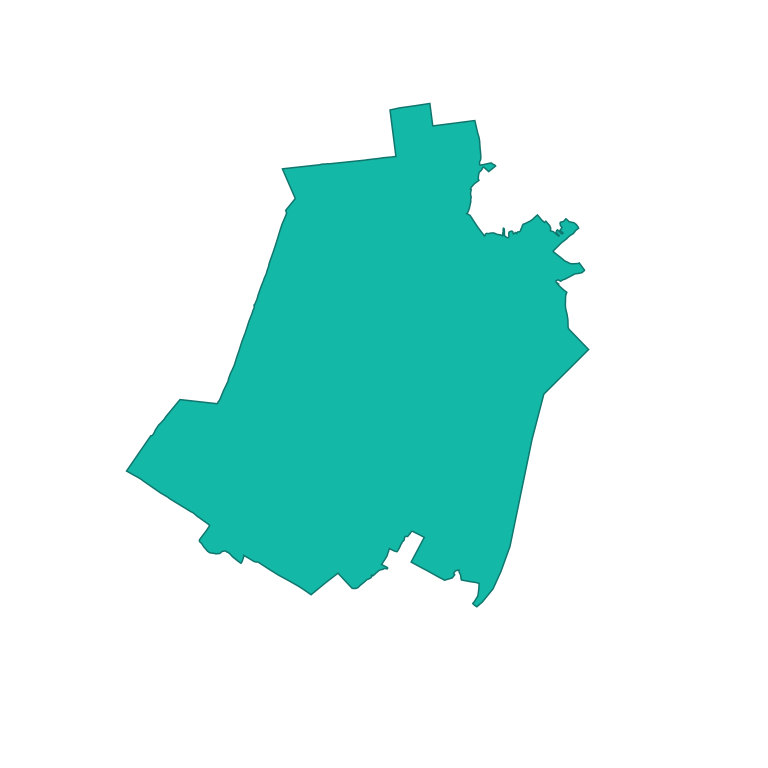 Slatina, Olt, Romania, rotated 228°
{"feature_id": "2599482B52224640698115", "entity_name": "Slatina", "entity_type": "district", "adm_level": 2, "iso_a3": "ROU", "parent_name": "Romania", "parent_adm1": "Olt", "projection": "orthographic", "projection_center": [24.391, 44.434], "detail": "fine", "context": "isolated", "style": "filled", "palette": "teal", "viewbox_px": 768, "rotation_deg": 228, "n_neighbors": 0, "source": "geoboundaries", "source_scale": "gbopen_adm2", "svg_char_len": 6159}
<svg xmlns="http://www.w3.org/2000/svg" viewBox="0 0 768 768"><g transform="rotate(228 384 384)"><path d="M519.0,627.8L543.1,593.0L544.7,594.0L561.8,605.8L570.4,592.7L578.8,580.3L583.6,571.8L545.1,545.1L545.9,544.1L547.4,541.8L550.6,537.6L552.7,534.7L554.6,531.8L561.5,522.1L563.2,519.5L584.2,490.7L585.5,489.3L586.8,487.5L588.1,486.0L589.0,484.8L589.4,484.1L589.9,482.9L591.2,481.2L611.5,453.0L611.8,452.4L581.2,442.2L578.8,427.1L576.5,426.2L575.3,424.5L570.9,415.0L567.9,409.8L564.6,404.3L563.6,402.7L558.9,394.7L555.7,389.0L551.0,380.3L549.8,378.4L548.5,376.7L546.5,373.0L544.7,370.3L542.4,365.1L541.7,364.1L539.1,358.7L534.4,350.0L532.6,347.3L532.0,346.2L529.3,340.5L529.6,340.2L527.6,338.7L526.2,335.6L524.5,332.7L521.1,325.8L514.9,315.1L510.7,306.9L505.5,298.1L503.0,293.5L498.1,285.2L496.3,281.2L494.5,276.8L491.8,271.7L490.5,270.2L489.6,267.8L488.9,266.3L486.5,260.3L483.1,253.3L481.9,250.5L481.7,249.0L481.0,246.8L508.9,222.0L508.9,221.8L505.9,201.4L505.5,199.2L504.9,197.1L504.4,192.2L504.3,189.0L502.7,182.9L502.0,181.7L501.0,178.6L500.8,177.9L500.9,177.2L501.0,176.7L501.6,176.1L491.6,134.4L486.6,136.1L483.9,137.0L479.5,138.6L476.2,139.6L474.5,140.0L473.5,140.1L452.7,145.0L444.6,147.6L443.4,147.7L439.6,148.7L418.8,154.9L416.2,155.9L414.7,156.2L410.3,156.7L409.4,157.0L403.5,158.3L397.0,159.7L395.5,159.7L395.3,159.2L393.7,153.0L392.3,145.5L391.7,142.7L391.5,142.4L391.2,142.0L390.5,141.6L389.4,141.5L388.2,141.7L387.4,141.7L383.4,141.1L382.4,141.1L377.8,141.0L375.4,141.5L374.7,141.9L372.7,143.7L371.2,144.8L370.2,145.5L369.6,146.4L368.9,147.2L368.0,148.5L367.9,149.2L367.9,150.4L367.9,151.1L367.7,151.9L366.7,153.6L366.0,154.4L365.3,154.7L364.5,154.7L364.0,154.9L363.5,155.3L362.7,155.6L362.1,155.6L360.5,155.9L358.0,155.8L355.3,156.0L354.6,156.3L352.5,156.5L346.8,157.6L346.5,157.9L346.5,158.3L347.1,159.9L349.7,164.6L350.0,164.9L350.4,165.1L349.4,165.5L338.9,168.7L337.2,169.9L336.1,171.2L321.9,175.0L312.2,177.8L302.5,181.3L290.4,185.3L284.7,186.8L276.2,188.8L275.4,207.3L274.2,223.2L253.4,223.6L251.6,225.4L251.0,226.1L250.8,226.5L250.1,228.5L250.3,231.4L250.0,236.8L250.0,239.4L250.1,240.0L249.7,241.4L249.1,242.9L248.9,244.4L248.7,244.8L248.8,245.1L249.1,245.6L249.4,246.0L249.9,246.3L250.4,246.8L250.3,247.0L250.1,247.1L249.5,247.1L248.9,247.3L248.8,247.6L248.8,249.0L248.8,250.3L249.0,250.6L248.8,251.8L248.8,255.3L248.2,257.1L247.4,258.5L246.8,259.9L246.8,260.6L245.9,261.7L244.8,262.3L244.5,262.5L244.5,262.8L244.6,263.3L244.8,263.5L245.3,263.7L246.8,263.2L249.1,262.3L251.5,261.4L251.9,263.3L252.3,264.3L252.7,266.1L254.1,271.0L255.6,273.5L256.6,275.4L258.1,277.9L253.2,279.8L252.5,280.2L250.7,281.4L250.7,281.9L251.5,284.7L252.6,287.5L253.2,288.5L253.7,290.4L254.4,292.1L254.4,293.6L254.5,294.4L254.9,295.0L255.5,295.7L255.9,296.2L256.2,296.8L256.5,297.5L256.4,297.9L254.9,299.5L255.0,300.3L255.1,301.3L255.5,302.4L255.3,303.3L255.7,304.0L255.9,304.7L255.9,306.0L255.6,306.5L248.4,309.4L243.1,311.3L233.5,285.0L218.3,290.4L217.8,290.7L203.7,295.5L198.4,297.5L197.8,297.5L194.2,304.9L194.9,308.9L196.5,309.0L197.2,311.0L197.3,312.0L196.4,314.0L195.4,315.3L194.8,314.5L193.8,313.9L192.5,313.6L190.9,313.1L189.2,312.1L188.1,311.1L186.5,310.4L181.3,314.4L180.3,315.1L174.7,319.7L172.2,321.2L169.2,318.3L166.4,315.2L164.5,312.9L163.6,311.6L161.9,305.8L161.5,303.1L160.5,303.1L159.2,303.2L156.3,303.9L156.2,311.4L158.8,328.0L166.5,345.6L178.9,368.8L243.8,457.0L269.5,496.0L272.7,559.1L301.0,558.1L302.9,558.7L308.6,563.6L313.7,566.9L317.5,568.9L319.4,570.1L321.9,572.1L324.0,574.2L326.1,576.1L328.0,578.1L329.2,580.0L329.8,581.2L334.1,580.4L338.2,580.0L342.2,579.8L341.8,580.6L344.7,580.0L345.7,581.2L344.8,583.2L342.2,584.0L341.7,586.8L340.8,588.6L338.0,599.8L336.9,601.2L335.5,603.4L334.3,605.6L334.2,608.9L334.5,609.2L343.3,610.1L343.8,608.7L346.7,605.1L348.1,603.6L348.9,603.0L353.9,601.0L354.0,600.7L356.8,600.4L368.7,598.4L369.0,598.6L369.6,598.6L370.2,610.2L369.7,617.0L369.9,620.5L369.6,622.7L369.4,623.8L369.1,625.4L369.8,629.0L369.6,632.9L371.3,633.4L373.9,633.6L376.2,633.2L377.4,632.7L378.5,631.7L379.4,631.2L380.5,630.2L384.6,629.9L385.1,629.7L384.7,627.0L385.1,625.1L386.0,623.9L386.1,623.3L385.8,622.5L384.9,621.9L383.6,621.1L381.3,621.1L380.4,617.7L376.3,618.1L376.3,617.6L376.6,616.5L382.5,616.1L382.4,614.7L381.5,613.4L377.0,613.4L377.1,612.7L383.9,611.8L386.7,610.2L388.1,612.1L390.9,613.1L396.7,613.2L396.6,611.4L400.3,610.9L406.9,611.2L407.0,609.9L407.0,606.7L406.9,604.9L407.1,602.6L407.4,601.2L407.9,599.6L408.2,598.3L408.7,596.7L409.4,594.8L409.6,594.3L409.4,593.6L408.9,592.4L408.1,591.2L407.5,589.5L407.2,588.9L406.8,588.3L406.5,587.6L406.4,586.9L406.4,586.6L407.0,585.9L407.6,584.9L407.6,584.4L407.5,583.9L407.1,583.4L408.5,583.2L408.9,580.6L409.8,580.9L410.7,581.5L411.1,581.6L411.9,581.4L412.3,581.1L412.6,580.6L412.8,580.1L413.2,578.5L412.4,577.4L411.3,576.5L410.0,575.5L409.7,575.1L409.6,574.7L409.6,574.3L409.9,573.9L410.4,573.5L411.0,573.2L413.4,572.8L414.5,573.5L416.8,575.6L417.6,576.2L418.3,576.8L418.8,577.1L419.2,577.2L419.6,577.2L419.9,577.0L419.7,576.7L418.9,575.7L418.4,575.2L417.5,574.8L417.3,574.3L417.0,573.7L416.1,572.7L415.5,572.3L415.0,572.1L414.7,571.8L414.7,571.5L414.9,571.1L416.3,570.7L416.9,570.4L417.6,569.7L419.4,568.3L421.1,567.4L421.6,567.3L422.2,567.0L422.9,566.5L423.4,566.0L424.7,564.4L425.6,562.7L426.1,562.1L427.1,561.2L427.4,560.7L427.5,560.2L427.5,559.9L427.4,559.5L426.8,558.6L426.7,558.2L426.8,557.7L437.6,558.6L446.9,560.0L447.1,560.1L451.9,560.8L452.2,560.6L455.2,559.5L455.1,560.0L455.1,560.3L455.6,561.4L456.9,564.0L457.6,565.2L461.5,570.6L461.6,570.8L462.7,571.4L464.4,573.7L464.7,574.0L465.1,574.0L465.4,574.3L466.2,574.7L468.1,576.2L468.9,577.3L470.2,579.0L471.1,578.7L471.7,580.4L471.9,581.2L472.2,583.5L472.3,585.9L471.8,590.8L473.2,591.3L473.9,591.8L475.7,593.7L477.2,595.8L477.7,596.6L477.7,596.9L477.6,598.7L477.7,599.2L477.9,600.0L478.8,602.7L478.2,603.3L471.8,603.9L471.3,612.8L472.4,612.9L474.4,612.0L476.6,611.6L480.3,605.1L482.3,601.9L483.4,602.1L483.5,602.3L484.9,603.3L485.3,604.0L485.7,605.2L486.3,606.2L487.6,607.6L492.1,611.2L494.3,612.7L500.8,617.8L503.8,619.7L507.7,621.5L519.0,627.8Z" fill="#14b8a6" stroke="#0f766e" stroke-width="1.5"/></g></svg>